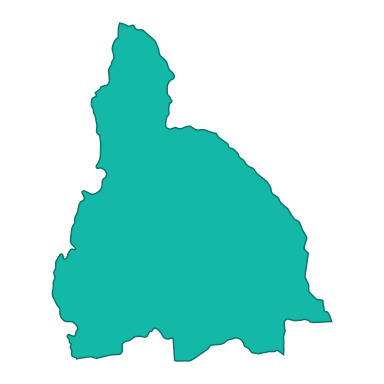 the Province of San Juan
{"feature_id": "ARG-1273", "entity_name": "San Juan", "entity_type": "Province", "adm_level": 1, "iso_a3": "ARG", "parent_name": "Argentina", "parent_adm1": "", "projection": "robinson", "projection_center": [-68.983, -30.369], "detail": "fine", "context": "isolated", "style": "filled", "palette": "teal", "viewbox_px": 384, "rotation_deg": 0, "n_neighbors": 0, "source": "natural_earth", "source_scale": "10m", "svg_char_len": 5875}
<svg xmlns="http://www.w3.org/2000/svg" viewBox="0 0 384 384"><path d="M97.8,168.3L96.7,168.0L96.2,166.6L96.5,165.4L99.0,161.5L100.0,158.3L100.4,155.1L100.8,143.6L99.8,136.1L99.2,135.0L97.3,133.3L96.6,131.7L96.6,129.7L96.9,127.1L96.9,124.6L95.2,116.4L94.9,115.4L94.5,114.4L93.9,113.6L93.2,109.2L91.5,105.6L91.4,104.2L91.6,100.0L92.3,98.3L95.4,96.6L96.0,95.9L96.4,95.1L96.3,94.5L95.4,93.4L95.3,92.9L95.7,92.4L96.4,92.0L97.5,91.0L99.5,89.7L100.3,88.9L100.7,87.9L100.8,87.2L101.1,86.8L102.3,86.3L105.9,85.6L107.5,84.8L108.9,82.9L109.3,81.1L109.4,78.8L109.0,74.5L108.7,72.8L108.6,71.0L108.9,69.3L109.5,67.7L110.2,66.4L111.1,65.3L111.5,64.5L111.5,63.1L111.7,62.3L113.8,58.4L114.0,56.8L113.7,54.9L112.7,51.3L112.3,49.4L112.5,46.4L113.4,43.6L114.8,41.0L116.3,38.8L116.9,38.4L117.5,38.2L117.9,37.9L118.2,37.0L118.4,27.9L119.7,23.0L124.6,24.4L125.2,24.7L126.6,25.6L127.8,26.2L128.8,26.3L129.7,26.2L131.7,25.4L132.5,25.2L132.9,25.2L133.4,25.5L133.9,26.0L135.4,28.6L135.9,29.0L136.8,29.6L138.1,30.0L141.7,29.6L142.9,30.2L153.6,39.6L155.7,42.0L156.7,45.1L157.8,47.0L158.6,49.7L159.2,53.0L160.0,55.4L164.9,59.9L166.1,61.3L167.0,63.0L167.7,65.7L168.9,68.9L169.4,69.8L170.2,70.6L172.0,72.1L172.8,72.9L173.6,74.2L174.2,75.7L174.2,76.4L174.1,77.3L173.4,78.7L172.6,79.3L170.9,79.9L170.1,80.5L169.5,81.3L167.6,84.6L167.2,87.4L167.2,91.3L167.5,94.5L168.6,95.8L169.9,97.1L170.5,98.7L171.2,100.0L171.7,100.7L171.8,101.1L171.7,101.7L171.3,102.4L170.5,103.0L169.7,103.2L169.3,103.9L169.1,105.1L168.6,110.2L169.0,112.6L169.0,113.4L168.8,114.2L168.6,114.7L167.5,116.1L166.6,117.8L166.1,119.3L165.6,123.7L165.8,126.1L165.9,127.0L166.3,127.5L166.6,127.9L169.2,129.1L170.9,129.0L175.0,127.6L175.6,127.6L176.4,127.8L178.4,128.7L179.3,128.8L180.4,128.8L181.6,128.6L185.4,126.9L187.5,126.4L189.4,126.2L190.9,126.6L195.1,129.4L196.3,129.9L198.3,130.1L202.0,129.7L204.2,129.8L213.3,133.0L215.4,133.2L216.0,133.5L216.5,133.9L218.2,136.8L219.4,137.9L222.2,140.0L226.5,142.9L227.4,143.7L228.0,144.6L229.0,147.4L229.9,148.0L233.2,149.0L234.8,150.3L238.3,154.1L238.6,155.3L239.2,156.9L239.6,157.4L240.1,157.9L242.7,159.5L243.1,159.9L243.7,160.5L245.6,163.6L246.6,164.7L248.6,166.3L249.6,166.9L253.2,168.4L254.1,169.4L256.0,172.5L256.8,173.5L266.9,181.6L267.5,182.4L269.7,186.0L270.7,188.1L271.4,191.7L271.8,192.9L272.7,194.0L277.5,197.1L278.3,198.1L280.2,201.8L280.6,202.5L281.6,203.6L284.6,206.3L286.1,207.3L287.9,209.0L291.3,214.7L291.8,215.4L293.7,218.3L294.2,219.0L294.7,219.4L297.8,220.8L298.8,221.6L299.6,222.7L302.4,229.8L303.2,231.2L304.1,232.6L305.3,234.8L306.6,236.9L306.8,238.1L304.1,247.0L304.3,249.5L308.3,253.2L304.9,276.6L305.7,278.7L308.2,283.8L308.7,285.6L308.7,290.2L308.8,291.1L309.7,292.6L315.6,298.5L316.3,299.1L317.7,299.6L322.0,300.1L322.5,300.3L322.9,300.8L323.0,301.9L323.0,303.8L323.9,307.3L323.9,309.8L324.1,310.4L324.4,310.9L325.1,311.6L325.7,311.8L326.7,311.7L327.3,312.0L328.0,312.7L329.9,316.2L331.7,321.5L313.3,322.5L310.1,321.8L309.4,321.3L308.5,320.4L307.8,320.1L305.3,319.4L304.5,319.3L303.8,319.4L301.3,320.2L295.2,320.6L293.7,320.5L292.6,320.3L290.3,319.5L287.3,318.9L285.7,319.9L284.9,320.6L284.4,321.5L284.1,322.8L284.2,324.2L284.6,327.1L284.5,328.8L285.0,330.0L285.1,330.9L284.9,331.9L283.7,335.7L283.5,337.5L283.6,339.5L283.8,340.8L283.6,346.0L283.8,348.7L283.6,354.6L278.3,350.8L276.4,350.4L275.7,351.1L274.9,351.4L273.9,351.5L269.1,351.5L264.8,352.5L262.8,352.8L262.2,352.8L261.0,353.3L260.3,353.1L259.9,353.2L258.6,353.8L251.9,352.6L251.4,352.2L249.7,349.7L248.8,348.7L247.8,347.9L245.1,346.5L244.2,345.7L243.5,342.8L242.7,341.7L240.9,339.6L238.3,338.0L235.8,337.9L227.8,340.0L227.0,340.5L224.2,342.9L221.6,344.0L220.1,344.4L211.4,345.0L210.4,345.5L209.8,346.3L208.8,348.0L206.4,350.0L193.7,358.8L190.0,360.8L175.8,361.0L175.1,360.6L174.6,360.0L173.2,338.6L173.0,338.3L172.6,338.2L171.6,338.2L168.2,338.9L165.7,338.7L164.7,338.1L163.3,336.8L162.3,335.3L161.6,333.8L158.7,330.2L157.1,328.8L156.1,328.4L154.9,328.3L154.2,328.3L153.4,328.8L152.2,330.7L151.8,331.0L151.3,331.3L150.5,331.5L149.5,331.8L149.2,332.0L148.7,333.0L147.5,335.7L146.9,336.4L146.5,336.7L144.6,337.1L141.0,336.4L137.1,336.4L135.2,336.6L134.8,336.7L133.4,337.6L131.6,339.1L130.7,339.6L129.2,340.4L124.7,341.8L123.6,342.4L123.3,342.7L122.5,343.7L122.1,344.7L122.1,345.2L122.3,350.0L122.2,351.1L121.9,352.1L121.5,352.9L121.1,353.3L119.7,354.2L119.1,354.4L110.8,354.8L96.7,358.3L93.4,357.6L91.7,356.8L88.8,356.9L77.7,358.6L76.9,359.0L75.9,357.7L74.2,357.0L73.0,356.8L72.1,356.1L71.5,354.0L71.5,353.3L71.7,351.7L71.7,350.9L71.4,349.9L70.5,348.1L70.3,347.1L70.5,346.3L71.0,344.9L71.1,344.1L70.8,343.5L69.6,342.6L69.3,341.8L69.3,340.1L69.2,339.4L68.7,338.7L67.5,337.4L67.2,336.6L67.3,335.6L68.3,334.7L69.8,334.9L72.9,336.2L74.7,336.1L75.4,335.3L75.9,332.1L76.6,330.9L77.3,329.9L77.8,328.8L77.6,327.1L76.8,325.7L75.3,324.1L73.8,322.7L72.6,321.9L69.4,321.5L66.7,321.6L64.3,320.9L61.6,318.2L60.8,316.6L60.2,314.7L59.9,312.6L60.0,309.0L59.2,307.6L57.0,305.0L53.1,297.1L52.4,294.9L52.3,293.4L53.0,289.6L53.3,286.5L53.2,283.3L53.4,281.7L54.7,279.0L54.9,277.4L54.5,275.5L54.0,273.9L53.8,272.3L55.4,268.9L55.7,267.4L55.7,264.1L55.8,262.4L56.2,261.0L60.2,254.5L61.1,253.9L62.5,254.6L63.1,256.4L63.4,258.3L64.3,259.4L65.4,259.1L66.5,258.0L67.4,256.6L68.0,254.1L68.7,252.5L70.4,249.8L71.7,249.1L74.8,249.6L75.7,249.3L75.6,248.2L74.7,247.1L72.6,245.2L71.4,243.8L70.7,242.4L70.4,240.9L71.7,229.1L72.8,226.1L73.1,225.4L74.4,223.7L74.9,222.6L74.8,221.8L74.6,220.9L74.6,219.8L74.9,218.1L75.3,216.8L76.7,214.1L77.8,211.1L79.1,204.6L80.5,202.1L81.8,201.3L82.9,200.7L83.9,199.8L84.4,198.1L84.0,196.3L82.2,193.2L82.2,191.6L84.1,190.7L90.2,193.8L92.6,194.4L95.2,193.7L97.4,192.5L99.3,190.9L101.2,188.6L101.9,187.2L102.1,185.6L102.2,182.4L102.5,180.8L102.7,180.0L103.1,179.3L103.7,178.6L105.2,178.0L105.8,177.4L106.7,174.2L105.7,171.2L103.4,168.9L100.7,167.9L97.8,168.3Z" fill="#14b8a6" stroke="#0f766e" stroke-width="1.5"/></svg>